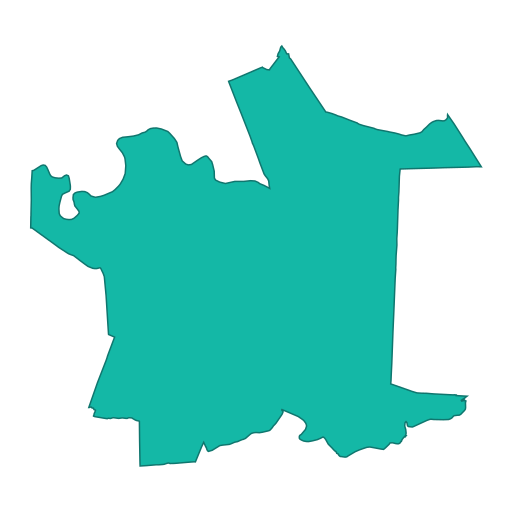 outline of Ciolpani, Ilfov, Romania
{"feature_id": "2599482B77312801747207", "entity_name": "Ciolpani", "entity_type": "district", "adm_level": 2, "iso_a3": "ROU", "parent_name": "Romania", "parent_adm1": "Ilfov", "projection": "equal_earth", "projection_center": [26.1, 44.727], "detail": "fine", "context": "isolated", "style": "filled", "palette": "teal", "viewbox_px": 512, "rotation_deg": 0, "n_neighbors": 0, "source": "geoboundaries", "source_scale": "gbopen_adm2", "svg_char_len": 5946}
<svg xmlns="http://www.w3.org/2000/svg" viewBox="0 0 512 512"><path d="M174.2,138.3L169.8,133.4L167.8,131.5L161.4,129.0L156.6,128.0L153.3,128.1L150.4,128.6L148.1,129.8L147.1,130.8L145.3,132.1L142.0,133.0L138.6,134.8L133.3,136.1L127.6,136.8L122.6,137.3L119.4,138.6L117.7,140.4L116.6,143.5L117.4,146.3L119.3,148.9L122.4,152.8L124.5,156.9L125.0,158.7L125.5,163.0L125.8,165.7L125.2,173.6L123.1,179.2L120.1,184.3L118.4,186.3L115.0,189.7L112.5,191.7L104.0,195.3L100.5,196.4L95.4,197.3L91.0,196.0L89.0,194.0L87.4,192.7L84.8,191.6L81.9,191.4L77.3,192.1L75.1,192.9L73.4,194.5L73.0,197.7L73.1,199.7L73.8,201.3L74.2,202.8L74.4,204.3L74.9,206.0L77.3,209.0L79.0,211.4L79.2,213.0L77.4,215.3L74.1,218.2L71.7,219.4L69.0,219.6L66.3,219.3L63.7,218.6L61.5,216.9L60.2,215.7L59.2,213.5L58.9,208.8L59.1,205.9L59.9,202.2L61.5,196.2L62.1,195.0L62.5,194.3L65.0,193.0L69.1,191.2L70.3,189.4L70.4,186.8L70.3,185.3L69.2,178.4L68.4,175.8L66.5,175.0L64.5,175.8L61.7,178.0L58.7,178.2L55.1,177.8L52.4,177.0L51.0,176.0L49.9,174.4L47.9,169.7L46.7,167.1L45.2,165.4L43.2,165.0L41.2,165.6L33.7,170.4L32.2,170.7L31.8,177.2L31.3,183.6L31.2,187.9L31.3,200.1L31.0,213.5L31.0,215.5L30.9,216.7L30.7,227.9L32.2,228.1L55.8,245.2L58.6,247.3L60.9,248.8L67.2,252.9L68.7,253.8L71.0,254.7L73.6,255.6L80.1,260.6L84.8,264.1L88.0,266.4L92.7,268.3L94.9,268.6L96.6,268.6L99.7,267.8L100.1,267.8L100.4,268.0L100.8,268.5L103.2,273.5L103.9,275.5L104.3,276.6L106.1,295.8L108.5,334.1L108.6,334.5L114.6,337.1L107.6,355.8L106.9,358.2L106.1,360.5L97.5,382.6L88.8,407.5L89.3,407.5L89.7,407.1L90.2,407.2L90.8,407.0L91.5,407.2L91.7,407.7L92.1,408.0L93.5,408.2L93.6,408.4L93.9,409.4L94.0,409.6L95.2,409.9L95.5,410.2L94.8,412.4L94.4,413.0L94.1,414.0L93.9,415.2L93.5,415.9L93.5,416.1L94.7,416.6L102.8,418.0L107.2,418.7L108.4,418.2L110.4,418.5L112.9,417.7L113.6,417.7L118.7,418.4L122.3,417.9L126.1,418.4L127.2,418.4L128.8,417.7L131.7,417.9L134.9,419.8L136.4,420.5L138.9,421.0L139.4,421.4L139.6,440.4L140.0,463.6L140.1,466.0L146.6,465.6L156.0,464.8L158.6,464.8L162.5,464.5L164.0,464.3L167.4,463.2L168.4,463.0L169.6,463.3L169.9,463.5L170.3,463.5L174.5,463.4L189.9,462.1L194.1,461.8L195.4,461.9L201.5,447.0L203.7,442.3L205.9,447.1L206.2,447.2L206.8,449.2L207.5,450.7L208.4,451.4L212.2,450.3L219.8,445.6L222.6,445.1L229.3,444.4L231.0,443.8L234.7,442.2L237.6,441.6L240.2,440.4L242.2,439.6L243.5,439.3L244.1,439.0L245.5,438.4L249.6,434.8L250.8,433.8L252.0,433.2L253.9,432.7L256.0,432.5L259.5,432.7L262.5,432.2L268.1,430.9L269.7,430.4L270.8,429.3L272.3,427.6L273.4,425.9L274.7,424.6L275.9,423.3L281.4,415.3L282.2,414.0L282.9,412.3L283.0,411.9L283.0,411.5L282.7,411.1L282.0,410.5L281.8,410.1L281.7,409.8L281.9,409.5L298.2,416.5L301.4,418.7L303.7,420.4L305.7,423.1L306.2,424.3L306.6,426.0L305.5,429.4L301.3,434.4L299.9,435.3L299.5,435.9L299.3,436.6L299.3,437.9L299.4,438.4L300.0,439.2L301.6,440.1L303.6,441.0L306.3,441.5L308.5,441.6L312.7,440.8L317.4,439.6L320.7,438.2L322.7,437.1L323.3,437.1L324.0,437.5L324.9,438.4L325.8,439.7L328.3,444.2L332.1,448.0L333.4,449.5L334.4,450.5L335.2,451.2L335.4,451.2L335.6,451.3L335.9,451.8L336.3,452.0L336.7,453.3L338.1,453.8L338.3,454.5L338.7,454.8L338.8,455.2L339.2,455.4L339.4,455.9L340.3,456.5L340.8,456.5L345.1,457.1L346.5,456.9L347.2,456.6L348.1,455.9L355.2,451.7L359.6,449.8L363.9,448.3L366.9,447.3L368.7,447.1L369.9,447.0L374.9,447.9L380.7,449.0L383.6,449.4L385.5,447.8L389.1,444.3L390.1,442.9L392.6,442.8L395.8,443.6L397.4,443.8L398.4,443.8L399.4,443.4L400.3,442.7L400.9,441.4L401.4,441.4L401.6,440.8L402.1,439.5L403.7,437.5L404.5,436.7L405.0,437.0L406.1,435.7L405.4,435.6L405.8,434.8L406.1,433.1L405.7,429.3L404.9,426.8L404.7,425.5L404.9,424.2L405.0,423.1L405.3,422.3L406.0,421.6L406.9,422.6L407.5,425.7L407.8,426.1L408.6,426.6L412.3,427.0L413.2,426.7L426.9,420.4L429.7,419.4L430.9,419.2L433.8,419.5L443.4,419.7L448.6,419.5L450.5,418.8L452.0,417.8L453.3,416.3L454.1,415.7L457.8,415.2L459.1,415.2L460.7,414.4L464.5,410.5L465.4,409.1L465.6,407.5L465.5,403.6L465.4,401.6L465.8,401.6L465.8,400.9L465.3,400.9L464.9,400.5L464.6,400.4L461.7,401.1L461.3,400.3L463.3,399.0L463.5,399.4L464.3,398.9L463.9,398.5L464.1,398.4L467.0,396.2L456.2,395.6L456.3,395.0L454.5,394.8L453.1,394.9L433.6,393.9L426.6,393.3L421.4,393.2L417.0,392.9L412.0,391.4L390.7,383.9L391.0,380.7L391.2,375.6L391.8,363.2L393.0,330.7L393.7,314.9L395.2,278.1L395.8,269.4L395.7,267.9L395.9,264.4L396.0,259.0L396.1,255.6L396.9,245.2L396.8,238.6L397.2,232.8L397.4,228.2L398.0,209.5L398.5,200.3L398.5,197.2L398.9,192.0L399.4,176.2L400.1,169.4L400.2,169.0L409.7,168.7L435.4,168.0L443.6,167.7L468.4,167.1L476.5,166.7L481.3,166.8L469.8,148.5L464.8,140.9L462.8,137.6L454.2,124.1L447.6,114.6L447.5,115.6L447.6,117.7L446.8,118.9L445.6,120.1L444.2,120.8L442.7,120.9L438.6,120.4L436.6,120.5L435.3,120.9L433.3,121.6L431.6,122.5L429.6,124.0L426.5,127.1L423.8,129.5L422.0,131.7L420.1,132.8L414.3,134.2L409.5,135.0L405.9,135.9L401.4,134.9L399.1,134.1L394.9,133.0L389.2,131.9L387.7,131.5L377.3,129.6L375.2,128.9L374.0,128.3L363.4,125.6L359.3,124.3L357.5,123.3L357.3,123.0L350.0,120.3L341.7,117.0L337.5,115.8L336.1,115.1L332.1,113.6L327.6,112.3L325.8,112.0L309.4,87.5L290.7,59.0L289.4,57.9L288.6,53.9L286.9,53.9L286.0,52.5L285.8,51.8L285.5,51.1L284.2,49.2L282.9,47.8L281.8,46.0L281.0,46.8L280.6,47.6L279.7,50.9L278.1,53.7L277.4,56.4L279.1,56.9L270.0,68.8L269.5,69.9L266.8,69.6L262.5,67.5L262.4,67.2L260.2,68.0L231.8,80.2L228.6,81.3L229.1,82.7L236.6,102.0L241.6,114.5L250.0,136.0L252.0,141.6L252.4,143.2L252.7,143.7L253.0,144.4L253.7,145.9L258.3,158.3L259.9,162.9L264.1,174.0L265.3,175.8L267.7,178.8L268.7,181.0L269.2,185.5L269.7,188.4L264.0,185.4L259.8,183.7L258.3,182.5L255.0,181.0L250.6,180.7L243.8,181.4L234.9,181.4L225.4,183.5L219.7,182.1L215.6,180.1L214.4,178.1L214.2,171.2L212.7,164.8L211.7,161.6L208.9,158.4L207.5,156.6L206.1,155.9L204.2,156.4L201.3,157.8L197.6,160.2L191.4,164.5L188.3,164.9L185.8,164.1L182.2,160.9L180.6,156.6L178.0,147.2L176.9,142.4L174.9,139.3L174.2,138.3Z" fill="#14b8a6" stroke="#0f766e" stroke-width="1.5"/></svg>